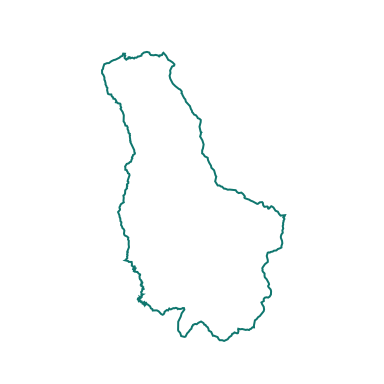 outline of Bo Kluea, Nan, Thailand, rotated 344°
{"feature_id": "78962969B52276482887751", "entity_name": "Bo Kluea", "entity_type": "district", "adm_level": 2, "iso_a3": "THA", "parent_name": "Thailand", "parent_adm1": "Nan", "projection": "robinson", "projection_center": [101.149, 19.126], "detail": "fine", "context": "isolated", "style": "outline", "palette": "teal", "viewbox_px": 384, "rotation_deg": 344, "n_neighbors": 0, "source": "geoboundaries", "source_scale": "gbopen_adm2", "svg_char_len": 6062}
<svg xmlns="http://www.w3.org/2000/svg" viewBox="0 0 384 384"><g transform="rotate(344 192 192)"><path d="M189.4,46.2L187.3,44.9L184.2,44.7L181.6,45.8L181.0,47.0L178.0,47.1L177.5,46.8L175.7,47.6L174.0,47.1L173.1,47.7L171.6,46.4L169.6,46.5L169.3,45.2L168.2,45.0L167.6,46.1L167.1,45.8L166.3,45.9L166.0,46.5L165.3,46.7L164.9,46.1L165.0,45.7L164.2,44.9L164.4,43.7L164.9,43.3L164.8,42.8L165.4,42.5L165.0,41.4L165.6,40.6L164.0,40.0L162.6,42.0L160.4,42.2L159.7,42.8L154.9,43.7L153.2,43.6L150.7,44.0L147.7,45.2L145.9,44.7L142.9,45.0L141.0,47.7L140.5,49.0L139.1,50.1L138.3,53.2L139.1,55.2L139.4,57.6L138.7,60.1L139.0,60.8L138.9,63.7L138.5,64.8L138.9,66.5L138.8,67.5L139.4,68.6L138.5,70.6L138.3,74.4L139.4,75.4L141.3,76.0L141.3,78.0L142.2,79.2L142.1,80.6L143.5,81.2L144.0,82.3L144.3,83.9L143.6,84.8L144.9,85.5L145.4,86.4L147.2,87.2L147.5,87.9L147.0,89.5L147.2,91.4L146.2,92.3L147.4,96.0L147.6,99.4L145.7,105.3L146.3,106.9L146.3,109.8L147.6,110.4L148.0,112.2L147.4,113.6L147.7,115.7L147.3,117.5L148.3,119.0L147.8,119.8L148.0,120.6L147.5,121.4L147.1,124.5L146.7,125.3L147.0,126.3L146.5,126.8L148.0,135.8L147.6,137.7L147.9,138.9L147.3,139.7L145.5,140.2L144.7,141.5L143.8,142.1L143.9,143.3L142.9,144.1L141.8,146.0L140.3,146.2L139.1,147.0L137.0,147.0L134.7,149.1L134.6,150.5L134.0,152.2L135.3,153.0L135.3,154.2L135.7,155.1L135.6,156.3L136.6,157.2L136.6,158.6L133.5,163.1L133.1,164.0L133.6,164.7L133.2,165.9L131.6,166.7L131.3,167.5L131.5,168.4L130.6,169.4L130.6,170.5L128.3,171.9L127.2,175.1L126.2,176.1L125.1,176.5L124.8,178.7L123.6,181.8L123.6,183.1L120.6,184.0L119.7,184.7L118.9,185.9L118.2,186.5L117.9,187.3L118.1,188.5L117.8,189.3L115.4,190.9L115.8,194.4L115.5,196.3L115.8,197.4L115.2,200.4L115.8,201.6L114.7,204.2L115.2,205.7L115.2,207.5L116.0,208.6L116.4,210.3L115.2,213.1L115.1,214.4L115.5,215.3L117.3,216.9L118.2,218.3L117.4,220.0L117.8,221.4L116.7,224.8L116.2,227.7L113.2,231.7L113.7,232.2L112.4,234.0L112.7,234.8L112.4,235.5L111.8,235.9L111.6,237.7L110.2,238.5L110.0,239.1L109.0,239.3L111.6,240.8L111.9,241.7L114.7,242.6L114.4,244.8L113.8,246.2L115.2,247.8L116.3,247.7L116.4,248.4L115.9,249.0L114.8,248.9L114.3,249.7L116.4,250.1L115.3,251.2L114.7,251.0L114.2,252.0L115.1,252.9L115.8,252.9L116.4,253.5L117.5,253.8L118.2,255.7L119.4,256.9L119.2,257.6L118.3,258.4L117.9,260.8L118.0,261.7L118.8,262.9L118.7,263.8L119.0,264.1L118.7,264.7L119.3,265.3L119.1,265.7L118.6,265.6L118.2,266.9L117.5,266.7L117.2,267.1L117.7,267.5L117.4,268.3L118.4,269.0L118.4,269.7L118.7,269.9L118.1,270.7L118.8,271.2L118.8,271.9L117.3,272.0L116.8,273.3L115.5,274.2L115.6,275.9L115.3,276.4L116.5,276.9L115.0,277.3L115.2,277.9L114.6,278.4L114.7,279.0L113.7,279.3L113.0,278.6L113.1,279.6L111.2,279.2L110.7,279.5L110.3,280.2L110.7,280.7L111.8,280.8L110.7,281.6L110.8,282.3L111.4,282.1L111.8,282.7L112.6,282.6L112.7,283.7L113.4,283.7L113.3,284.5L114.4,285.4L114.6,285.0L115.8,284.6L115.9,285.1L114.3,286.1L114.9,286.5L115.0,287.1L115.9,286.7L115.7,287.8L116.6,287.2L116.7,285.8L117.3,285.8L117.8,287.6L118.5,288.0L120.2,290.4L120.4,292.5L121.6,293.6L121.6,295.1L125.0,295.9L126.0,296.4L127.2,297.7L128.7,300.8L129.9,301.9L131.0,301.7L132.3,300.4L132.5,299.7L133.9,299.0L135.3,298.5L136.3,299.3L138.0,297.8L138.5,298.6L139.3,299.0L142.0,298.5L142.8,298.9L144.6,298.9L145.5,299.5L146.1,300.7L146.9,300.5L148.2,301.2L150.3,301.3L151.2,301.0L152.3,301.4L152.2,303.0L148.6,305.8L146.8,308.7L143.0,312.9L140.6,320.8L140.6,321.7L141.8,324.1L141.9,327.5L144.8,329.2L145.9,329.2L148.4,326.5L150.1,325.6L152.3,323.9L153.7,323.3L155.0,321.2L155.9,320.7L156.4,320.0L158.7,319.7L160.1,320.4L162.1,319.5L165.0,319.0L166.9,321.1L167.3,323.0L168.3,323.4L168.8,325.1L169.8,326.3L170.1,328.1L169.9,329.8L171.9,331.8L172.5,336.0L173.5,336.2L176.6,338.5L177.1,340.8L177.8,342.1L180.2,342.8L181.8,344.0L185.7,343.4L187.8,341.8L190.3,341.0L191.6,339.4L192.9,339.4L194.1,338.7L196.4,340.3L197.2,340.3L198.3,338.6L198.4,336.9L198.8,336.2L200.7,337.3L202.4,337.5L205.7,339.4L207.2,339.5L208.8,340.4L210.0,339.8L211.0,339.8L212.9,338.7L214.3,339.2L214.7,337.5L217.1,332.7L219.0,332.1L221.1,330.5L222.9,330.0L228.0,326.4L228.9,324.9L229.3,322.1L228.5,319.3L228.3,317.3L231.0,316.6L231.4,314.7L232.7,313.7L234.4,313.7L236.2,314.5L237.9,313.9L239.6,312.3L240.7,309.1L240.7,307.3L239.4,304.7L239.2,303.4L240.6,302.1L240.7,301.0L239.7,296.4L238.5,294.1L238.6,292.6L239.3,290.3L238.2,288.2L238.0,287.0L238.5,286.1L238.5,284.9L238.9,284.2L242.2,281.5L245.6,280.1L246.1,278.3L246.2,274.1L248.0,271.3L248.7,271.1L250.1,271.7L250.9,271.3L253.2,271.5L254.5,271.0L257.0,271.4L258.8,270.5L261.6,270.3L262.7,270.0L263.0,268.7L264.7,266.2L265.1,263.8L264.8,260.6L265.2,259.1L266.3,257.4L268.0,256.2L268.3,253.8L269.6,252.3L269.8,249.7L270.6,248.7L271.0,246.9L271.9,245.7L271.9,245.1L273.4,243.4L272.8,241.6L273.8,241.3L275.0,239.9L270.6,239.1L269.6,236.9L269.1,234.6L267.1,233.0L266.0,229.3L264.5,227.6L264.0,227.6L261.6,229.1L260.9,229.1L260.6,228.8L260.8,227.3L260.4,226.7L257.5,226.2L256.8,224.5L257.1,222.0L256.7,221.1L254.3,220.6L252.2,221.5L251.4,221.4L247.8,217.8L245.8,216.3L245.1,215.3L241.2,212.6L240.8,211.9L241.6,210.7L240.6,208.1L239.3,206.2L236.6,205.9L235.3,204.5L234.5,202.3L228.8,200.0L227.1,199.7L224.9,198.0L223.7,197.6L222.4,195.2L221.1,194.5L220.3,193.3L218.5,192.8L217.2,188.2L219.6,183.8L219.2,182.8L219.2,177.2L217.3,174.0L217.5,171.9L216.6,168.6L216.2,165.6L216.5,163.4L214.1,161.2L213.4,158.9L212.4,157.7L213.3,154.7L214.5,153.2L216.3,149.5L216.2,145.2L215.1,140.9L216.6,138.5L216.9,137.4L217.4,137.2L216.9,136.3L217.2,131.3L219.6,127.2L220.3,125.2L219.4,123.7L217.9,122.6L217.8,121.5L217.0,119.4L215.3,118.1L214.8,116.3L214.2,115.4L214.3,113.8L213.8,111.9L213.7,108.9L211.0,103.5L211.1,101.1L210.4,99.8L209.6,96.3L209.6,95.1L209.1,94.2L209.8,93.0L209.8,92.3L208.9,90.2L207.8,89.3L205.2,85.7L203.4,82.5L202.3,77.0L202.5,74.1L204.1,71.7L204.5,69.1L207.4,65.9L209.7,65.6L210.3,64.4L209.1,62.1L206.8,59.4L205.6,58.5L204.6,53.8L202.9,50.3L202.1,50.7L200.9,52.1L198.7,51.8L198.2,52.6L197.8,52.7L197.1,51.5L194.9,50.2L192.8,50.0L190.2,49.0L189.5,47.7L189.4,46.2Z" fill="none" stroke="#0f766e" stroke-width="2"/></g></svg>